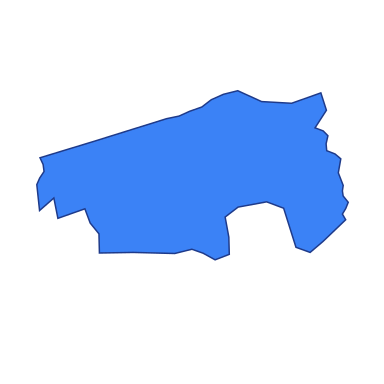 Agago, Equal Earth projection, rotated 256°
{"feature_id": "UGA-5608", "entity_name": "Agago", "entity_type": "District", "adm_level": 1, "iso_a3": "UGA", "parent_name": "Uganda", "parent_adm1": "", "projection": "equal_earth", "projection_center": [33.347, 2.944], "detail": "fine", "context": "isolated", "style": "filled", "palette": "blue", "viewbox_px": 384, "rotation_deg": 256, "n_neighbors": 0, "source": "natural_earth", "source_scale": "10m", "svg_char_len": 817}
<svg xmlns="http://www.w3.org/2000/svg" viewBox="0 0 384 384"><g transform="rotate(256 192 192)"><path d="M262.0,52.8L263.6,84.1L264.8,107.6L269.3,185.0L268.8,197.7L270.9,209.3L272.1,222.1L276.9,233.1L279.2,246.1L279.2,260.9L262.9,281.4L254.0,310.1L257.0,341.0L238.8,342.2L224.5,326.9L219.5,334.1L213.7,337.5L206.4,333.8L199.5,332.7L194.3,340.0L188.2,344.4L175.2,338.6L161.8,340.3L156.7,338.2L151.6,337.7L144.2,341.1L138.8,337.2L134.2,332.6L127.9,334.4L112.3,307.1L104.8,292.0L113.2,279.5L154.1,277.0L164.4,262.0L166.2,233.1L159.7,218.1L139.2,216.8L122.5,213.1L120.6,198.0L129.9,188.0L136.5,178.0L136.5,160.4L147.6,120.3L155.2,87.4L173.9,91.6L186.5,85.7L201.6,84.0L198.9,55.5L219.6,56.5L210.9,39.6L236.7,43.2L242.4,47.6L247.7,53.4L254.7,54.2L262.0,52.8Z" fill="#3b82f6" stroke="#1e3a8a" stroke-width="1.5"/></g></svg>